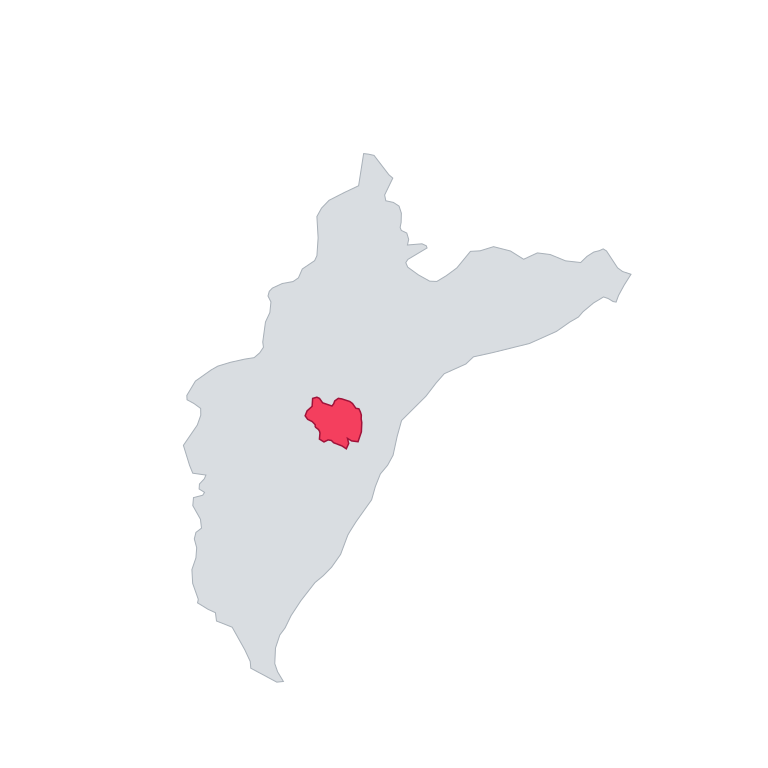 where Călărași sits in Moldova, rotated 241°
{"feature_id": "MDA-1632", "entity_name": "Călărași", "entity_type": "District", "adm_level": 1, "iso_a3": "MDA", "parent_name": "Moldova", "parent_adm1": "", "projection": "orthographic", "projection_center": [28.345, 47.299], "detail": "fine", "context": "in_parent", "style": "filled", "palette": "rose", "viewbox_px": 768, "rotation_deg": 241, "n_neighbors": 0, "source": "natural_earth", "source_scale": "10m", "svg_char_len": 2513}
<svg xmlns="http://www.w3.org/2000/svg" viewBox="0 0 768 768"><g transform="rotate(241 384 384)"><path d="M172.6,151.8L175.2,145.7L200.0,129.7L206.2,132.5L219.0,133.4L244.9,133.3L257.9,122.6L265.7,125.7L272.2,120.9L283.0,114.8L284.5,116.2L285.8,117.2L302.4,120.0L314.8,126.0L323.1,135.2L331.6,140.8L340.5,143.0L345.4,147.6L346.4,154.5L354.7,157.9L370.3,157.8L377.0,162.3L374.6,171.5L376.2,174.5L381.8,171.4L386.0,174.1L388.2,180.9L390.7,184.1L398.7,173.5L407.1,174.5L427.6,178.8L438.6,200.8L445.5,208.6L451.5,211.8L459.1,208.3L465.7,204.1L469.6,206.0L478.0,220.5L480.1,239.6L480.2,247.3L477.4,260.3L473.3,274.2L470.0,283.2L471.5,290.4L474.6,296.4L479.5,298.3L495.7,310.4L501.8,318.8L510.6,324.9L517.2,325.2L520.7,328.6L522.0,332.9L521.2,343.8L517.7,354.1L518.3,360.6L524.2,368.3L525.0,377.3L525.5,383.1L528.7,387.5L543.7,397.2L563.0,406.5L568.1,414.6L571.3,425.0L570.7,442.5L569.7,457.9L595.4,477.9L592.6,481.8L588.8,486.1L564.7,489.7L559.8,491.5L549.0,476.2L543.4,474.4L538.3,480.2L532.3,483.4L525.0,482.0L517.0,477.3L513.1,474.0L509.9,473.6L505.0,477.1L498.5,475.7L494.2,471.9L488.2,485.2L484.4,488.0L482.1,487.6L481.4,465.3L479.6,461.9L474.7,461.4L462.9,466.9L451.8,473.8L448.1,479.9L448.5,490.9L450.2,504.0L458.1,523.9L453.9,532.6L451.0,546.4L439.0,559.1L425.4,566.6L424.3,581.7L416.7,592.1L403.7,602.5L394.9,614.9L397.2,623.4L397.7,631.5L396.2,637.0L395.9,641.2L392.5,643.1L372.4,644.6L366.7,647.2L360.2,653.2L354.0,641.9L347.7,632.0L343.1,626.7L345.1,624.3L350.1,621.5L353.7,618.2L353.3,606.5L350.7,593.0L348.3,586.5L348.1,576.3L346.4,560.4L348.9,530.9L358.9,493.8L364.4,475.4L361.8,465.3L363.8,441.7L359.6,430.0L353.0,414.8L343.6,381.7L331.8,370.1L317.3,357.4L311.2,347.8L307.1,337.2L298.5,326.7L288.7,317.0L277.1,292.8L271.1,281.9L269.3,279.0L256.0,263.4L249.2,249.4L245.8,238.0L243.8,227.4L234.8,206.3L226.5,190.5L218.6,179.2L215.0,171.2L205.7,161.1L192.4,152.9L183.8,151.4L172.6,151.8Z" fill="#d9dde1" stroke="#a8b0b8" stroke-width="1"/><path d="M405.0,318.9L402.7,320.6L397.3,321.2L390.0,327.8L391.1,330.4L393.1,332.7L393.6,337.1L391.4,339.9L385.3,345.6L382.2,347.0L376.4,347.6L374.5,350.0L371.1,349.8L367.8,349.1L364.5,347.1L361.1,345.9L353.1,341.0L346.1,333.3L349.9,328.1L354.1,325.7L349.1,324.3L345.6,319.6L350.1,317.3L357.0,311.5L360.1,310.6L362.2,308.0L362.4,303.4L367.1,300.8L372.1,304.2L374.0,304.7L376.0,304.6L379.3,303.2L380.4,303.3L381.7,304.1L385.9,303.0L390.1,300.1L394.4,299.6L397.8,303.7L399.3,310.3L406.0,314.6L405.0,318.9Z" fill="#f43f5e" stroke="#9f1239" stroke-width="1.5"/></g></svg>